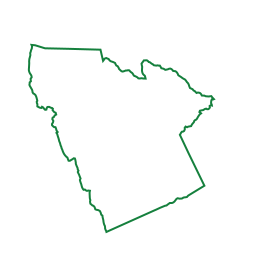 the district of Morpará, Bahia, Brazil, rotated 350°
{"feature_id": "56859067B97769813670820", "entity_name": "Morpará", "entity_type": "district", "adm_level": 2, "iso_a3": "BRA", "parent_name": "Brazil", "parent_adm1": "Bahia", "projection": "robinson", "projection_center": [-43.039, -11.751], "detail": "fine", "context": "isolated", "style": "outline", "palette": "green", "viewbox_px": 256, "rotation_deg": 350, "n_neighbors": 0, "source": "geoboundaries", "source_scale": "gbopen_adm2", "svg_char_len": 4095}
<svg xmlns="http://www.w3.org/2000/svg" viewBox="0 0 256 256"><g transform="rotate(350 128 128)"><path d="M41.4,58.2L41.8,59.2L42.0,60.3L41.9,61.4L40.7,62.5L40.5,63.8L40.5,65.1L39.1,66.0L38.8,67.3L38.4,68.4L38.6,69.4L39.1,70.8L39.6,72.2L40.1,73.5L40.3,74.9L40.2,76.2L40.7,77.5L41.6,78.2L42.5,79.3L43.0,80.9L43.2,82.4L43.3,83.7L43.4,85.5L42.7,86.2L42.6,87.6L42.9,88.7L42.5,91.0L43.7,92.0L44.9,92.8L46.3,93.2L47.0,92.2L48.0,93.0L48.8,94.6L49.6,95.7L50.8,95.7L51.3,94.5L52.3,93.3L54.0,93.5L54.8,94.1L56.0,94.9L56.8,95.2L57.4,96.1L56.8,97.2L57.7,98.9L58.3,99.7L59.4,100.4L59.6,102.3L58.0,102.9L56.9,104.3L55.6,104.7L55.0,106.1L55.7,108.1L55.0,109.6L53.8,110.9L53.7,112.1L54.5,113.3L55.4,114.3L56.7,114.6L57.0,115.9L57.2,118.2L58.0,119.7L56.7,120.4L57.2,121.5L57.5,124.2L57.8,126.1L57.9,127.6L58.0,129.2L58.4,130.8L58.5,132.0L58.6,133.4L59.0,134.9L59.1,136.5L59.5,137.9L59.8,139.9L60.4,142.1L61.1,143.7L62.2,145.5L63.2,146.6L63.4,148.1L63.8,149.9L65.0,150.2L66.8,149.5L68.1,149.0L69.3,148.4L70.4,148.8L70.6,150.3L70.6,151.4L70.6,152.9L70.4,154.2L70.6,155.3L70.9,156.8L71.4,158.7L71.3,160.1L71.8,161.4L70.9,162.6L71.3,164.1L71.7,165.4L71.9,166.6L72.2,168.1L72.5,169.5L71.6,170.8L71.7,172.2L71.9,173.7L72.2,175.3L72.3,176.9L72.5,178.6L73.0,180.1L73.5,181.1L74.8,181.1L75.9,182.3L76.7,182.8L78.0,182.7L79.6,183.2L79.0,184.8L78.8,186.0L78.5,188.3L78.3,189.8L78.2,191.3L78.4,192.5L77.9,193.5L77.8,194.7L77.8,196.0L78.8,197.2L79.6,198.2L80.5,198.6L81.4,200.2L81.7,202.4L82.8,203.1L83.7,203.4L84.6,203.8L85.9,204.9L86.4,206.6L86.6,208.7L87.6,209.8L87.5,211.4L87.6,213.0L87.7,214.4L87.6,215.9L87.6,217.4L87.8,219.1L88.2,220.4L88.2,221.6L88.0,223.0L88.2,224.3L88.6,225.5L88.7,226.6L139.4,213.8L141.5,213.3L146.0,212.1L151.0,211.0L152.5,211.0L153.9,210.2L155.0,209.7L156.1,209.1L157.3,209.3L158.3,209.5L159.7,209.2L161.1,208.4L162.4,207.2L163.5,206.2L164.7,205.8L166.4,206.5L168.2,206.8L169.4,206.7L170.3,206.2L171.3,206.1L172.4,206.2L174.0,206.2L175.6,205.0L193.2,198.1L183.3,163.5L177.9,143.7L178.6,143.0L179.5,141.8L180.5,141.0L181.6,141.1L182.8,140.6L183.7,139.2L183.9,137.6L185.0,136.6L186.3,137.5L187.6,137.1L189.0,137.1L190.5,137.1L191.6,135.6L192.9,134.5L193.9,133.7L194.5,132.5L195.4,131.9L196.6,131.6L197.6,130.8L198.5,129.6L199.4,128.6L200.3,127.7L201.2,126.9L202.5,126.3L201.9,125.4L201.1,124.7L201.8,123.5L203.5,123.4L205.2,123.4L206.8,122.7L208.3,122.5L209.1,123.2L210.4,123.4L211.5,122.8L212.2,121.9L212.2,120.5L213.5,119.9L214.5,120.4L214.5,119.3L214.1,118.0L214.4,116.8L214.8,115.5L215.5,114.4L216.6,114.7L217.6,114.5L216.4,112.7L215.6,111.1L214.1,111.0L213.1,111.0L211.5,110.6L210.0,110.2L208.7,109.3L207.4,109.1L206.3,108.8L205.9,107.4L205.2,106.3L204.4,105.7L203.0,105.2L201.6,105.4L200.7,104.1L200.1,103.2L199.1,102.5L198.3,101.0L196.9,100.0L196.0,99.4L195.6,97.6L195.4,96.0L195.0,94.5L194.0,93.0L193.1,91.0L192.4,90.0L191.3,89.2L190.3,88.3L189.1,87.0L188.0,86.0L186.7,84.8L186.4,83.3L185.9,82.0L185.2,80.9L184.3,80.2L183.2,79.9L182.3,79.6L181.8,78.5L181.0,77.5L179.9,76.8L178.6,76.8L177.6,77.1L176.0,77.2L174.8,77.2L173.9,76.3L173.1,75.7L172.1,75.3L171.2,74.9L170.8,73.6L170.2,72.1L168.8,71.8L167.8,71.4L166.8,71.5L165.5,71.1L164.2,70.6L163.5,69.5L162.6,68.9L161.6,67.8L160.9,67.0L159.9,66.6L159.3,65.6L158.3,64.6L155.3,64.2L154.4,65.2L153.6,65.9L152.5,67.0L152.5,68.6L152.6,70.2L152.1,72.2L151.8,73.5L151.7,74.8L151.8,76.3L152.2,77.6L152.8,78.5L153.6,79.4L153.8,80.8L153.9,82.4L152.5,82.1L151.6,81.9L150.5,81.5L149.4,81.3L148.2,81.3L146.8,80.9L146.0,79.7L145.2,79.1L144.3,78.3L143.3,77.9L142.6,76.8L142.3,75.8L141.7,74.6L140.6,73.5L139.9,72.6L139.3,71.5L138.1,71.1L137.1,71.2L135.6,71.0L134.4,71.3L132.6,71.5L131.5,71.0L130.6,69.9L129.4,68.2L129.2,66.9L128.5,65.3L127.4,64.5L126.9,63.3L126.6,61.8L125.2,60.7L123.8,59.9L122.5,59.2L121.6,58.2L120.9,56.7L119.7,56.0L118.7,55.3L116.8,55.7L116.1,56.7L115.1,57.6L114.5,46.1L83.2,39.7L60.1,35.1L50.9,30.4L47.4,29.4L47.7,30.9L47.1,32.9L45.9,34.8L45.5,35.9L44.7,37.2L44.5,39.3L43.7,41.1L42.8,43.0L42.2,45.3L42.0,46.9L41.6,48.7L40.9,51.7L40.6,52.8L40.4,54.0L40.5,55.5L40.9,57.2L41.4,58.2Z" fill="none" stroke="#15803d" stroke-width="2"/></g></svg>